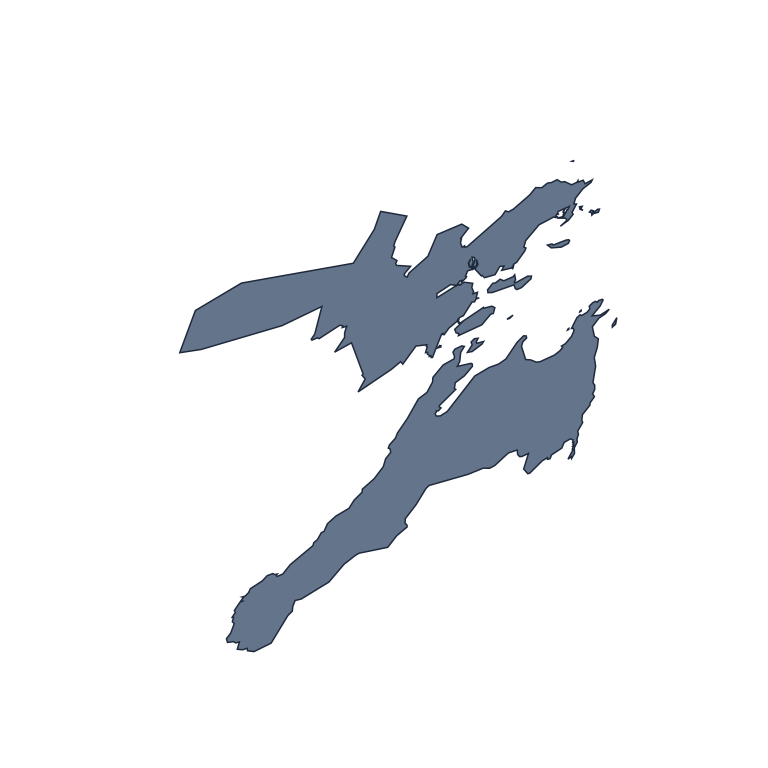 the district of Reykjavíkurborg, Reykjavík, Iceland, rotated 136°
{"feature_id": "244011B48219786980381", "entity_name": "Reykjavíkurborg", "entity_type": "district", "adm_level": 2, "iso_a3": "ISL", "parent_name": "Iceland", "parent_adm1": "Reykjavík", "projection": "equal_earth", "projection_center": [-21.784, 64.152], "detail": "fine", "context": "isolated", "style": "filled", "palette": "slate", "viewbox_px": 768, "rotation_deg": 136, "n_neighbors": 0, "source": "geoboundaries", "source_scale": "gbopen_adm2", "svg_char_len": 6176}
<svg xmlns="http://www.w3.org/2000/svg" viewBox="0 0 768 768"><g transform="rotate(136 384 384)"><path d="M670.3,291.0L666.0,288.9L667.5,286.9L663.4,281.8L645.2,276.0L614.0,284.2L607.7,284.3L604.1,287.4L598.3,290.0L592.9,286.8L561.1,279.8L538.0,282.1L523.5,280.6L519.3,279.5L494.7,263.9L480.4,266.0L466.6,265.1L465.4,266.7L465.5,269.3L462.2,272.3L444.8,274.9L426.3,279.7L422.1,279.7L386.2,260.6L371.2,254.6L366.5,250.0L360.9,248.4L342.5,248.0L334.0,244.0L336.8,240.5L336.9,237.6L335.3,236.1L328.3,233.7L342.6,225.8L342.9,219.6L341.1,218.6L323.4,218.8L317.6,217.5L318.7,216.3L316.5,214.9L312.7,216.6L300.7,214.4L295.0,216.8L288.1,215.1L286.8,212.3L288.9,211.0L288.0,210.1L290.0,209.4L289.6,208.1L291.8,208.2L291.5,207.2L293.9,206.3L293.6,205.5L303.9,202.1L299.8,201.6L300.8,200.1L295.2,201.7L291.4,205.9L285.3,208.0L283.1,210.6L279.0,212.8L277.5,215.5L267.8,218.3L266.8,220.6L262.5,224.1L250.6,225.7L248.8,227.3L241.4,228.7L240.7,232.0L236.2,233.7L233.2,236.8L232.8,239.8L219.4,249.8L214.3,257.0L205.1,262.2L198.4,267.6L199.5,272.2L194.4,280.4L183.6,282.1L175.9,280.7L170.0,281.3L180.6,283.3L187.0,288.5L174.2,290.0L168.1,292.2L168.0,293.2L171.4,294.9L174.0,294.8L174.4,296.5L177.4,297.5L182.3,297.4L183.7,295.1L188.1,294.5L194.1,295.9L194.9,297.6L199.2,297.7L210.6,293.7L209.1,292.5L210.3,290.4L216.0,288.0L225.5,287.0L230.0,288.0L230.0,286.3L234.2,285.7L241.3,286.4L256.4,291.7L259.3,294.0L261.7,299.4L265.1,303.2L258.9,315.6L254.9,317.9L249.4,318.0L248.3,319.8L250.1,321.7L259.5,321.5L279.0,317.3L287.6,318.7L297.1,322.9L313.2,326.7L357.6,320.3L365.6,321.9L368.6,324.5L367.9,327.2L364.5,327.7L365.6,328.8L363.5,326.9L359.6,327.2L360.1,329.2L359.3,330.0L336.1,330.3L336.5,331.8L331.9,335.4L320.5,334.0L308.1,335.3L306.6,337.1L307.0,338.4L319.0,345.7L313.8,347.6L307.0,353.4L300.1,355.2L301.6,357.4L308.7,359.8L312.3,359.0L314.1,354.9L316.0,353.4L328.2,356.6L344.2,354.8L347.7,351.7L359.0,348.1L369.6,349.4L391.4,342.9L408.4,339.4L413.3,337.1L422.4,336.4L425.5,334.9L424.7,333.2L426.6,330.2L434.7,329.1L442.0,325.0L456.9,322.7L472.6,323.4L475.0,321.4L486.2,321.2L495.5,318.9L510.2,322.4L521.6,322.8L529.5,319.6L532.4,320.6L540.0,318.3L544.9,318.6L547.4,317.1L576.8,319.2L588.8,317.6L594.7,319.9L594.3,321.4L592.9,321.5L594.9,322.8L595.7,324.9L601.2,327.3L608.2,326.9L622.3,329.6L626.3,328.0L631.3,327.9L633.9,329.3L633.2,328.2L637.6,327.4L636.6,326.1L639.3,327.1L649.0,325.0L649.6,323.0L655.4,321.6L654.4,320.6L658.3,318.3L658.1,315.7L667.3,311.3L674.3,310.2L676.1,306.8L671.2,303.2L670.6,300.8L667.2,298.9L673.8,295.1L670.3,291.0ZM330.7,369.4L308.1,379.8L306.4,379.4L307.2,378.5L306.4,377.7L298.6,379.1L288.0,378.4L284.7,379.5L287.0,378.3L288.1,376.2L287.9,375.1L286.6,374.2L295.2,374.2L296.6,370.8L295.2,368.2L296.9,367.1L272.5,358.6L258.7,360.1L256.4,358.8L251.2,361.9L252.4,365.1L259.6,369.2L259.2,370.0L287.4,375.0L286.5,377.8L283.7,379.4L279.4,378.0L263.8,381.8L261.8,380.2L258.8,381.2L255.6,379.8L258.2,381.6L253.0,385.0L257.3,387.1L255.5,388.1L253.8,392.4L250.2,394.8L255.7,401.6L260.7,402.4L260.2,403.2L265.2,404.9L286.0,409.3L283.2,412.2L267.2,409.3L263.2,404.5L257.6,405.5L256.2,404.5L257.7,403.6L257.6,403.4L251.5,403.4L250.0,404.0L250.5,404.9L245.3,407.3L241.2,405.3L240.3,406.7L241.3,408.8L239.4,412.3L234.6,413.8L239.2,412.0L240.8,408.5L239.7,407.5L235.1,409.6L232.5,414.1L231.2,412.3L232.0,410.4L239.0,406.5L240.4,404.7L238.1,404.2L239.6,405.0L238.8,405.9L235.2,404.6L230.9,409.2L233.5,404.7L238.7,403.6L238.9,394.1L238.0,393.9L237.8,390.6L228.1,385.5L219.0,388.1L215.7,385.5L220.4,384.0L211.8,378.9L209.2,379.1L212.0,377.2L208.6,378.9L207.9,380.1L203.9,379.4L190.3,381.9L187.4,383.2L188.3,385.3L182.5,388.7L161.9,390.8L146.1,386.3L144.7,384.3L143.3,384.3L144.6,385.5L141.9,386.0L139.8,384.7L141.3,385.9L139.0,387.1L132.4,384.9L136.4,383.0L131.7,384.4L127.4,383.1L130.7,381.8L132.3,382.6L131.5,382.0L133.8,381.2L135.3,382.3L136.6,381.8L135.3,380.9L138.3,380.6L137.5,380.0L138.4,379.7L144.4,383.2L138.4,377.3L138.3,375.7L139.2,374.7L147.6,375.0L137.6,373.7L130.0,374.7L129.7,376.7L120.5,379.8L122.4,381.6L117.1,384.6L105.2,386.3L95.1,385.2L92.4,386.2L100.2,388.4L99.2,392.3L104.0,394.3L103.1,395.6L104.9,395.0L110.7,397.0L113.4,404.0L116.3,406.1L117.5,410.7L123.6,412.6L126.9,415.0L134.1,415.6L138.5,419.9L147.8,418.8L169.2,419.9L174.8,421.3L176.4,424.2L183.0,422.9L229.0,425.0L230.9,426.4L230.0,427.4L232.7,427.9L231.1,432.2L227.0,435.0L228.4,435.4L214.9,437.3L217.0,445.0L242.0,454.6L263.7,445.4L288.8,446.4L293.2,444.8L294.1,447.6L292.9,449.1L283.1,450.2L292.6,460.6L291.9,462.6L288.9,463.8L290.7,469.8L281.0,474.9L281.1,476.6L276.8,478.9L250.9,488.9L266.5,510.5L283.7,501.9L322.2,492.2L416.4,555.6L468.6,567.9L509.2,548.4L491.6,535.9L416.8,496.8L374.8,482.9L399.2,468.0L405.2,466.8L405.4,465.6L399.9,463.5L399.2,461.7L375.1,457.0L373.2,454.7L374.9,453.6L370.7,451.5L376.7,448.2L380.1,444.8L397.4,441.2L378.8,436.2L392.1,405.6L393.7,405.6L394.0,400.7L408.2,396.3L368.6,389.4L356.5,388.5L356.7,385.2L334.7,389.1L325.9,382.5L327.3,382.0L327.1,380.7L332.4,377.7L330.7,376.4L332.0,375.3L331.4,373.1L332.3,372.4L330.6,371.6L331.7,370.3L330.7,369.4ZM205.1,357.6L203.0,359.2L205.8,361.8L219.5,365.5L219.5,366.8L217.0,367.4L214.1,371.8L216.7,371.5L226.1,375.0L227.7,378.7L233.5,379.3L235.8,380.9L244.1,379.8L245.8,377.5L242.6,374.6L221.6,365.0L223.3,361.5L222.8,359.6L218.1,357.8L205.1,357.6ZM285.8,344.6L282.8,345.4L289.1,348.9L288.4,350.2L284.5,351.5L287.5,353.8L292.2,353.7L293.4,350.9L302.1,348.8L298.0,346.1L285.8,344.6ZM169.9,370.4L169.1,365.7L161.4,359.3L153.8,357.1L150.9,358.2L150.8,359.4L153.1,361.1L165.7,366.4L165.8,368.0L169.9,370.4ZM114.8,361.0L110.5,358.6L107.5,360.1L108.7,361.2L114.3,361.8L114.7,362.4L113.0,363.1L114.2,365.2L116.8,365.0L115.7,362.8L117.2,361.1L114.8,361.0ZM180.3,266.3L175.9,266.1L170.4,270.0L178.9,267.8L180.3,266.3ZM248.1,343.9L243.3,343.9L250.6,345.2L248.1,343.9ZM121.7,373.5L120.2,370.7L120.6,373.3L118.0,374.1L120.3,375.7L121.7,373.5ZM320.2,372.6L317.4,371.1L316.4,371.9L317.2,373.0L320.2,372.6ZM193.1,299.9L191.7,299.5L191.0,300.1L192.4,300.3L193.1,299.9ZM214.5,295.3L213.2,294.9L212.4,295.6L213.2,295.8L214.5,295.3ZM93.4,412.7L91.9,412.7L94.1,413.7L93.4,412.7Z" fill="#64748b" stroke="#1e293b" stroke-width="1.5"/></g></svg>